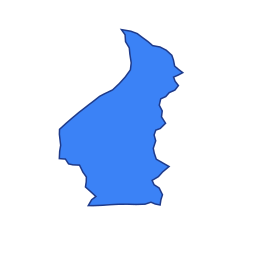 Lauro de Freitas, Bahia, Brazil (Albers equal-area conic projection), rotated 50°
{"feature_id": "56859067B96940053875939", "entity_name": "Lauro de Freitas", "entity_type": "district", "adm_level": 2, "iso_a3": "BRA", "parent_name": "Brazil", "parent_adm1": "Bahia", "projection": "albers", "projection_center": [-38.327, -12.86], "detail": "fine", "context": "isolated", "style": "filled", "palette": "blue", "viewbox_px": 256, "rotation_deg": 50, "n_neighbors": 0, "source": "geoboundaries", "source_scale": "gbopen_adm2", "svg_char_len": 1141}
<svg xmlns="http://www.w3.org/2000/svg" viewBox="0 0 256 256"><g transform="rotate(50 128 128)"><path d="M120.8,50.5L116.2,51.5L110.6,52.5L105.1,49.5L100.5,47.7L93.0,48.7L86.5,51.4L80.7,56.2L74.5,57.2L66.7,59.1L61.7,60.2L55.7,63.6L48.4,69.8L54.7,70.3L60.3,74.4L67.4,75.5L72.5,79.0L80.2,83.7L85.0,88.8L87.2,97.5L88.4,106.3L88.9,115.3L86.5,124.7L85.5,129.4L85.3,136.0L85.0,142.3L84.5,155.8L84.5,165.8L84.6,171.9L85.0,181.3L88.7,184.6L92.8,187.3L98.0,190.7L102.0,195.4L107.3,200.3L111.6,195.9L117.3,196.6L120.8,193.9L125.3,189.0L132.8,190.9L138.8,191.4L142.5,194.7L145.8,198.5L155.0,197.2L159.8,196.6L159.6,202.0L161.9,208.3L165.1,204.6L170.8,197.2L175.7,190.4L180.3,184.3L186.1,177.3L191.8,170.9L197.3,163.9L199.6,158.1L203.7,156.0L207.6,152.9L204.1,148.9L201.3,144.5L194.0,142.7L188.2,144.5L183.6,143.2L184.8,136.0L183.9,129.8L183.9,121.3L176.9,123.9L170.1,126.4L164.2,124.1L159.8,121.7L155.6,115.0L150.1,112.5L147.5,108.1L149.1,103.6L148.5,96.2L141.0,95.2L136.9,90.8L130.6,89.4L126.7,84.2L128.2,78.9L127.4,73.7L129.1,67.6L127.9,62.1L122.5,61.9L118.3,60.4L119.7,55.6L120.8,50.5Z" fill="#3b82f6" stroke="#1e3a8a" stroke-width="1.5"/></g></svg>